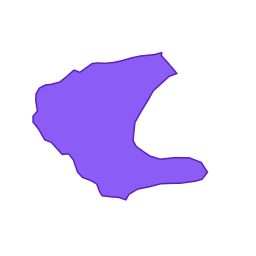 Uddevalla, Västra Götaland, Sweden, rotated 232°
{"feature_id": "70781695B49447773116889", "entity_name": "Uddevalla", "entity_type": "district", "adm_level": 2, "iso_a3": "SWE", "parent_name": "Sweden", "parent_adm1": "Västra Götaland", "projection": "orthographic", "projection_center": [11.898, 58.309], "detail": "fine", "context": "isolated", "style": "filled", "palette": "violet", "viewbox_px": 256, "rotation_deg": 232, "n_neighbors": 0, "source": "geoboundaries", "source_scale": "gbopen_adm2", "svg_char_len": 940}
<svg xmlns="http://www.w3.org/2000/svg" viewBox="0 0 256 256"><g transform="rotate(232 128 128)"><path d="M166.6,200.9L169.6,193.9L176.9,182.4L181.1,173.9L184.7,164.8L188.9,156.3L193.1,149.7L197.9,144.2L200.9,139.4L201.5,124.3L206.9,121.2L206.9,121.3L206.9,121.2L206.3,111.0L206.2,102.5L209.8,94.1L212.8,89.3L214.0,82.6L211.5,76.6L206.7,72.4L201.3,69.4L197.1,67.0L195.8,60.4L193.6,58.8L191.0,56.8L182.0,56.9L170.0,55.1L164.0,58.7L147.7,59.9L146.3,62.1L144.1,65.3L136.3,65.3L124.3,61.1L117.1,61.7L109.2,66.5L103.2,68.9L95.4,66.5L90.6,65.9L84.0,72.5L79.1,77.9L72.7,82.1L75.2,88.0L74.0,97.8L68.5,108.8L64.1,119.1L57.5,128.4L52.5,134.9L44.8,148.0L42.0,154.6L44.2,163.4L55.7,164.5L66.7,158.0L75.5,147.1L83.7,134.0L92.5,128.0L100.7,125.3L108.4,123.1L115.0,124.2L128.1,136.8L133.6,150.0L137.4,160.4L141.8,170.8L143.4,192.2L140.9,200.0L144.8,200.0L157.5,199.4L164.2,198.8L166.6,200.9Z" fill="#8b5cf6" stroke="#5b21b6" stroke-width="1.5"/></g></svg>